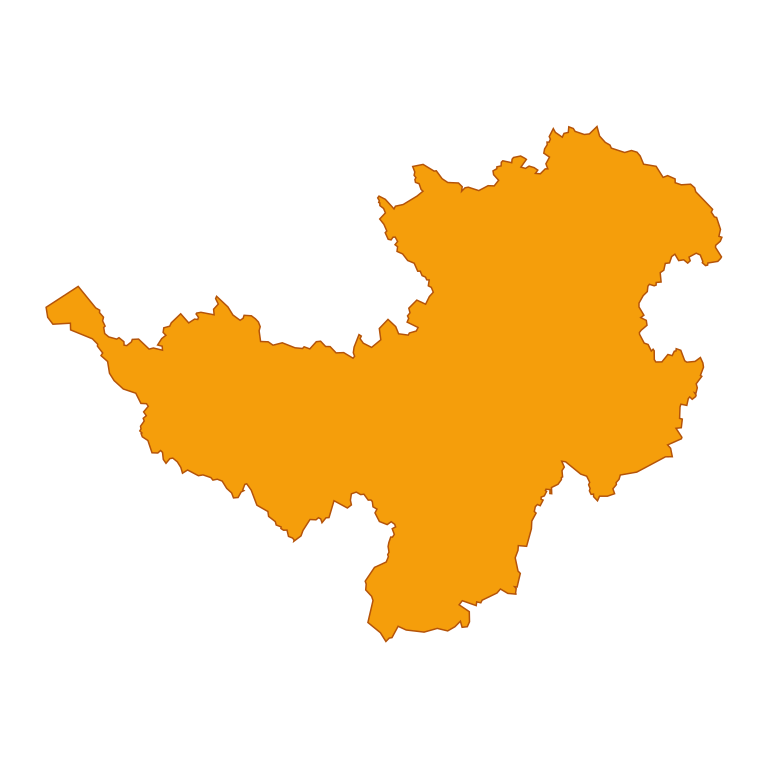 outline of Kells Lea-7, Meath, Ireland
{"feature_id": "5873133B57214711560854", "entity_name": "Kells Lea-7", "entity_type": "district", "adm_level": 2, "iso_a3": "IRL", "parent_name": "Ireland", "parent_adm1": "Meath", "projection": "mercator", "projection_center": [-6.928, 53.748], "detail": "fine", "context": "isolated", "style": "filled", "palette": "amber", "viewbox_px": 768, "rotation_deg": 0, "n_neighbors": 0, "source": "geoboundaries", "source_scale": "gbopen_adm2", "svg_char_len": 6120}
<svg xmlns="http://www.w3.org/2000/svg" viewBox="0 0 768 768"><path d="M367.9,622.5L380.4,632.7L385.9,641.5L389.2,638.1L392.0,637.6L398.1,626.3L406.2,630.0L424.1,632.1L437.3,628.4L447.7,630.9L455.0,626.7L460.4,621.2L462.1,627.3L467.3,626.7L469.5,621.8L469.3,611.7L459.1,604.8L462.3,600.7L476.2,605.6L476.7,601.9L480.8,602.8L482.1,600.2L497.0,593.0L500.4,589.0L507.8,593.4L516.6,594.2L515.5,593.9L516.2,588.5L514.6,586.7L517.1,587.0L520.3,573.4L518.0,571.0L515.2,557.8L518.0,550.3L518.3,545.6L526.6,546.3L531.4,528.8L531.8,521.0L536.1,513.1L534.3,511.5L535.3,506.7L537.4,504.5L540.2,505.7L543.1,500.1L541.1,499.3L541.2,497.1L544.3,495.9L546.6,491.4L545.4,490.5L546.0,489.2L550.0,489.6L549.9,493.5L551.7,493.7L551.5,487.5L558.0,484.3L561.4,479.6L561.4,477.5L562.6,476.9L562.0,470.6L564.3,467.1L561.7,461.2L565.6,461.8L580.7,474.1L586.7,476.2L589.7,482.3L588.6,484.8L590.1,488.5L589.4,490.8L591.1,494.4L593.5,494.1L593.6,496.7L597.5,500.8L599.5,496.2L607.4,496.2L614.6,493.7L612.9,488.8L616.4,484.6L616.1,482.6L619.0,479.4L620.3,475.0L636.8,472.1L665.5,456.8L672.3,456.7L670.6,448.3L667.6,444.9L681.4,438.8L681.9,437.3L676.0,428.3L681.3,427.7L682.3,419.1L679.6,418.4L680.0,407.0L680.9,404.2L686.8,405.4L688.3,398.6L689.7,396.9L692.2,399.3L695.6,396.6L696.1,395.1L694.6,392.8L695.9,393.3L697.3,387.8L696.2,383.8L701.8,376.3L700.4,375.4L703.5,367.2L702.9,363.0L700.4,357.5L695.1,361.4L686.8,362.2L684.7,360.7L680.8,350.3L676.2,348.7L676.0,350.9L674.3,351.2L672.2,355.6L667.9,354.5L661.9,361.9L655.9,362.0L654.3,359.6L654.2,350.8L653.1,349.2L651.3,351.0L648.1,344.5L644.2,343.1L639.5,334.2L639.4,332.5L641.3,330.1L647.0,325.3L646.3,320.4L640.7,317.6L643.9,315.2L639.0,307.0L639.0,303.1L643.2,295.6L647.3,291.6L647.9,286.2L649.4,284.3L654.2,285.8L656.1,285.1L656.2,282.5L661.1,282.0L660.2,272.7L663.8,270.2L665.3,263.4L669.5,262.9L671.7,256.5L674.9,254.2L678.7,260.6L683.7,259.8L687.7,263.1L690.2,260.8L689.0,257.1L696.2,253.2L700.3,255.0L702.8,261.4L702.3,262.7L705.5,265.6L707.6,265.1L707.9,263.0L717.8,261.4L720.5,258.6L721.5,256.9L715.5,247.4L715.7,245.3L720.3,241.2L721.9,237.3L718.9,236.3L720.5,229.4L716.6,217.5L714.4,216.9L711.3,212.1L712.6,209.3L695.7,191.7L694.7,187.8L690.6,184.2L681.3,184.8L675.2,182.7L675.1,178.9L667.6,175.6L663.1,177.4L656.1,166.3L643.6,164.2L640.2,156.0L637.0,152.2L631.4,150.5L624.7,152.5L611.3,148.1L610.0,145.1L605.3,142.4L599.6,136.1L597.0,126.5L589.4,133.9L584.3,134.5L575.1,131.4L573.3,128.5L568.8,126.8L568.3,132.4L564.0,133.4L562.3,137.2L555.4,132.4L553.3,128.6L549.2,136.6L550.4,139.1L549.0,142.2L547.0,142.1L547.2,144.7L544.6,148.9L543.8,153.2L549.5,157.1L545.9,163.8L547.8,168.8L545.2,168.9L540.3,173.8L535.4,173.4L537.8,170.1L534.1,167.6L529.1,166.1L525.5,168.4L520.9,167.1L526.4,159.4L524.7,158.2L520.6,156.0L513.5,157.5L512.1,159.2L511.7,162.7L502.8,160.8L501.3,162.3L501.1,165.9L496.9,166.8L496.8,168.7L493.0,170.9L493.6,174.7L498.6,180.3L494.2,185.9L488.1,185.7L478.8,190.6L468.3,187.2L465.0,187.8L461.6,191.3L462.2,186.7L458.5,183.0L447.8,182.5L442.1,178.7L436.3,170.8L434.1,171.1L423.1,164.4L412.7,166.5L414.8,172.0L414.1,175.3L415.9,177.6L414.9,179.6L415.5,182.4L419.1,183.7L421.1,189.5L423.0,191.2L417.0,196.1L403.2,204.5L395.4,206.2L394.0,208.9L385.3,199.3L379.0,196.1L377.7,197.9L379.3,200.7L378.7,202.5L379.8,202.9L379.9,205.6L383.6,208.5L385.4,212.9L379.7,219.0L383.9,224.3L386.8,231.0L385.2,232.7L388.2,239.3L391.1,239.9L393.0,237.2L395.2,237.1L397.6,241.5L395.0,244.7L397.6,246.7L397.0,251.4L402.6,253.9L407.7,260.5L414.2,263.2L417.7,271.2L420.2,271.2L422.1,275.6L425.5,277.1L426.7,279.8L429.2,280.0L428.3,285.8L431.3,287.4L433.3,292.2L429.4,296.5L425.6,304.2L416.8,300.1L408.8,308.2L410.0,312.8L407.5,315.9L408.7,318.4L407.1,322.1L418.1,327.5L416.3,331.0L409.4,333.0L408.2,335.1L398.6,333.8L395.7,326.6L388.0,319.4L379.3,328.5L380.8,339.8L371.6,347.4L363.3,343.2L360.1,338.7L361.3,336.1L359.0,334.6L354.1,347.1L353.3,352.7L354.6,356.3L353.0,358.2L343.7,352.6L336.1,352.9L330.1,346.6L325.6,346.5L320.6,341.2L316.3,341.7L309.8,348.9L304.1,346.8L302.5,348.5L295.0,347.8L282.3,342.8L273.0,345.2L268.2,341.8L260.6,341.5L259.1,330.8L260.2,326.7L258.4,322.0L255.4,318.8L251.4,315.8L244.1,315.3L243.1,318.3L240.1,320.3L232.9,315.0L227.9,306.9L216.6,296.3L215.6,298.6L218.3,304.1L213.6,309.2L214.1,314.8L200.9,312.3L196.6,313.1L196.1,314.0L198.5,317.3L197.7,319.5L194.6,319.1L188.7,322.9L180.7,313.8L171.3,322.8L169.7,326.2L163.8,327.8L163.1,332.4L165.9,335.3L161.7,338.6L157.6,345.0L162.2,346.2L162.5,350.2L153.4,348.0L149.1,349.1L138.6,339.1L132.3,339.4L131.4,341.9L126.8,345.6L124.1,345.2L123.9,341.7L119.0,337.7L116.7,339.1L108.7,336.9L104.7,333.5L103.7,327.5L105.1,326.1L102.6,320.9L103.5,317.2L99.5,312.6L99.7,310.2L95.7,307.9L78.2,286.4L46.1,307.3L47.7,317.3L52.9,324.2L70.4,323.2L70.6,329.9L92.4,338.8L97.7,344.2L97.4,346.1L102.7,353.0L101.0,355.6L107.6,361.5L109.5,373.3L114.1,380.6L123.3,389.0L135.8,393.2L140.9,403.4L146.5,403.7L148.3,406.3L143.6,411.9L146.3,415.7L143.2,418.3L144.2,421.0L140.5,426.2L141.0,428.9L139.8,430.9L141.9,433.0L141.1,433.6L142.3,436.8L147.9,440.5L152.0,452.8L157.8,453.0L160.6,450.5L162.5,452.4L163.3,459.4L166.0,463.3L169.9,458.6L172.8,458.1L177.3,461.8L180.8,467.4L182.5,473.2L187.6,470.0L198.4,475.7L203.0,474.9L210.9,477.6L212.9,480.1L217.3,479.2L222.2,481.1L226.7,488.4L231.6,492.9L233.5,497.9L238.1,497.5L241.1,492.0L243.9,490.6L242.7,489.9L244.8,484.4L246.7,483.8L251.2,490.1L256.9,505.2L267.9,511.5L268.6,516.4L275.3,521.6L276.2,525.0L281.1,526.9L280.9,528.5L283.5,530.2L287.0,530.1L288.5,536.4L292.5,538.0L294.1,539.9L293.8,541.3L301.0,535.9L303.0,530.4L310.0,519.5L316.0,519.8L318.5,517.7L320.7,518.9L322.0,522.7L326.0,517.8L329.0,517.6L334.0,500.7L347.4,508.0L351.4,504.9L350.4,500.2L351.4,493.8L356.3,492.1L360.7,494.6L363.9,494.2L368.2,500.1L370.9,500.0L372.3,501.5L373.0,506.8L377.0,509.1L375.0,512.9L379.4,521.5L387.2,524.6L391.2,521.7L394.7,524.3L395.6,526.9L392.2,528.7L394.3,534.4L392.5,537.1L390.7,537.1L388.8,542.7L388.1,546.5L389.0,552.2L387.7,554.6L388.4,556.7L386.2,562.0L374.5,567.4L365.2,581.2L366.2,584.1L365.7,589.9L371.6,596.3L373.0,600.5L367.9,622.5Z" fill="#f59e0b" stroke="#b45309" stroke-width="1.5"/></svg>